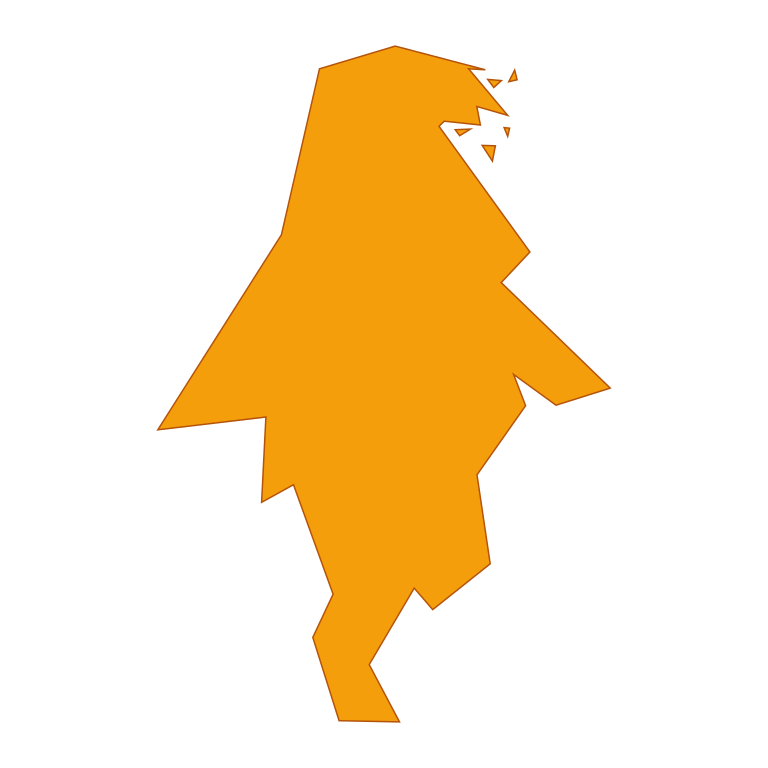 an SVG outline of Kalimantan Timur
{"feature_id": "IDN-1185", "entity_name": "Kalimantan Timur", "entity_type": "Province", "adm_level": 1, "iso_a3": "IDN", "parent_name": "Indonesia", "parent_adm1": "", "projection": "natural_earth1", "projection_center": [116.728, 1.017], "detail": "coarse", "context": "isolated", "style": "filled", "palette": "amber", "viewbox_px": 768, "rotation_deg": 0, "n_neighbors": 0, "source": "natural_earth", "source_scale": "10m", "svg_char_len": 724}
<svg xmlns="http://www.w3.org/2000/svg" viewBox="0 0 768 768"><path d="M395.1,46.1L485.3,69.8L468.6,68.8L507.7,115.4L476.8,106.5L480.4,125.0L444.2,121.2L439.0,126.3L529.9,252.0L501.2,282.6L610.2,388.1L556.0,405.2L513.6,374.4L525.6,405.7L477.0,474.8L490.2,563.8L432.7,609.6L414.2,588.1L369.2,664.6L399.5,721.9L339.1,720.7L312.8,637.4L333.1,594.2L293.5,484.7L261.6,502.3L265.9,417.0L157.8,429.8L281.4,234.8L319.5,68.8L395.1,46.1ZM470.4,129.1L459.7,135.7L455.2,129.7L470.4,129.1ZM482.2,145.4L495.4,145.8L492.4,161.1L482.2,145.4ZM508.8,81.7L514.7,70.1L517.1,79.8L508.8,81.7ZM487.7,79.4L501.4,80.6L493.8,87.5L487.7,79.4ZM509.6,128.2L507.7,136.3L504.1,127.6L509.6,128.2Z" fill="#f59e0b" stroke="#b45309" stroke-width="1.5"/></svg>